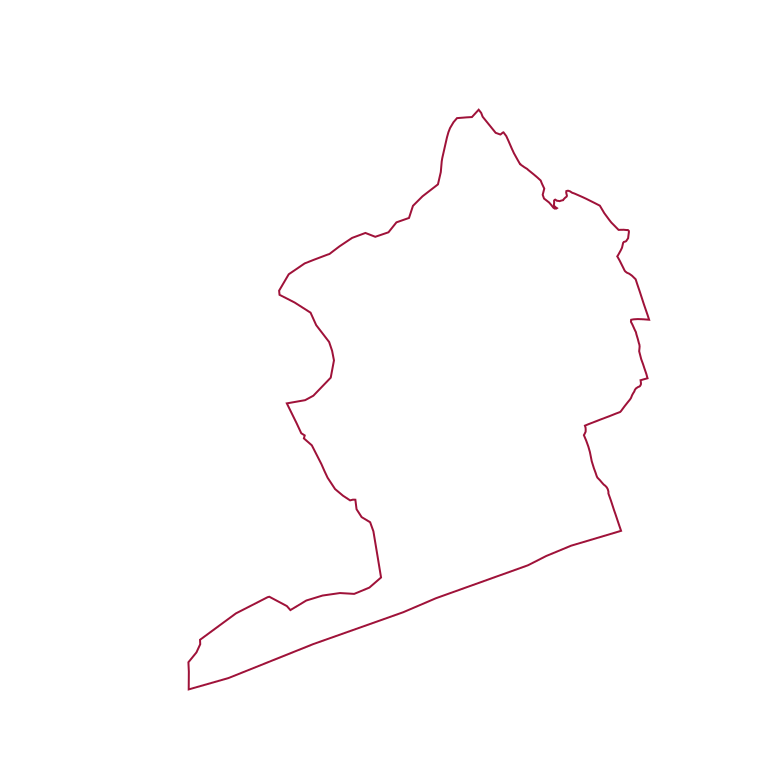 Ojo, Lagos, Nigeria, rotated 342°
{"feature_id": "59680162B67711641000031", "entity_name": "Ojo", "entity_type": "district", "adm_level": 2, "iso_a3": "NGA", "parent_name": "Nigeria", "parent_adm1": "Lagos", "projection": "equal_earth", "projection_center": [3.188, 6.464], "detail": "fine", "context": "isolated", "style": "outline", "palette": "rose", "viewbox_px": 768, "rotation_deg": 342, "n_neighbors": 0, "source": "geoboundaries", "source_scale": "gbopen_adm2", "svg_char_len": 3274}
<svg xmlns="http://www.w3.org/2000/svg" viewBox="0 0 768 768"><g transform="rotate(342 384 384)"><path d="M313.1,262.8L312.2,266.9L324.2,278.9L336.2,293.5L337.7,307.1L344.8,327.1L344.9,336.4L343.7,346.1L335.3,361.5L313.2,373.3L304.0,375.0L285.6,372.4L288.8,394.6L290.1,405.3L292.7,408.4L291.0,411.0L296.4,420.0L299.7,440.7L300.5,448.6L301.4,455.7L305.0,468.8L310.5,477.6L315.8,484.2L318.8,484.4L321.0,485.2L319.2,494.6L321.6,503.7L328.1,511.2L328.4,520.8L324.4,547.4L321.4,567.1L307.2,573.1L290.8,574.4L277.5,569.2L260.2,566.2L243.2,565.9L225.1,570.1L223.0,565.2L209.2,550.9L207.4,550.8L172.3,556.4L130.0,570.4L128.8,574.7L122.7,581.3L112.0,588.2L109.5,597.3L103.9,614.1L145.1,615.6L236.3,609.5L331.8,607.0L367.1,603.8L464.8,600.9L485.2,597.7L511.9,595.6L564.1,596.9L564.0,590.7L563.9,579.1L563.8,574.9L563.8,565.1L563.6,557.7L563.6,557.4L563.9,556.6L564.2,555.6L564.3,553.2L563.9,551.1L562.9,549.0L561.9,547.6L560.7,544.9L559.7,542.4L558.0,538.9L557.8,537.0L557.8,533.9L557.6,528.9L557.7,521.6L558.2,517.4L558.8,512.3L559.0,506.7L558.8,500.4L558.3,494.4L559.3,493.5L561.0,491.7L561.7,489.8L562.2,487.8L562.2,485.7L566.1,485.4L578.7,484.7L589.3,484.2L595.4,483.8L599.9,483.6L600.9,483.1L605.8,479.6L610.0,476.8L613.1,474.8L614.6,473.6L616.5,471.3L618.1,469.8L619.7,468.5L620.7,467.2L622.2,466.1L624.6,465.4L626.2,465.3L626.9,465.0L628.1,463.9L628.6,462.8L629.2,459.8L629.2,459.7L632.3,459.8L636.4,460.0L636.6,455.5L636.5,449.4L636.5,445.3L636.3,439.9L636.8,431.7L637.9,429.2L638.7,427.3L639.1,425.2L639.0,424.5L639.3,419.6L639.4,414.8L639.6,412.6L639.2,409.8L638.6,404.2L638.2,401.9L638.1,401.6L638.2,401.0L638.2,400.8L638.9,399.3L641.3,399.6L645.5,400.7L650.4,402.5L656.0,404.8L656.0,404.6L656.0,400.2L655.8,388.6L655.8,375.1L655.7,367.2L655.7,362.2L653.3,357.6L651.3,354.9L649.4,353.2L648.2,351.4L647.9,350.5L647.2,345.7L646.2,339.1L645.3,334.7L645.5,334.6L647.1,333.2L650.4,330.1L652.5,327.9L654.3,324.9L655.0,323.7L656.0,323.0L657.8,323.1L658.5,322.9L661.2,320.8L662.7,317.6L664.0,314.9L664.0,314.6L664.1,313.9L663.5,312.9L662.7,312.7L659.4,311.3L654.7,309.9L650.1,300.7L649.0,297.7L646.3,289.6L644.4,281.1L640.0,276.7L633.5,270.3L630.6,267.6L624.0,261.7L622.0,260.2L620.5,258.3L618.9,257.1L618.1,256.9L617.0,256.9L616.5,258.2L616.4,258.3L616.2,261.1L616.1,261.6L615.4,262.3L613.9,262.8L611.7,264.0L611.2,264.5L610.1,264.4L608.6,264.3L607.6,264.4L605.8,263.4L605.3,263.3L605.2,263.3L603.9,261.6L603.2,261.6L602.4,262.2L602.1,263.3L601.7,264.6L601.1,265.7L600.8,267.1L601.9,269.1L602.8,270.2L602.2,270.4L600.5,269.9L599.6,268.7L598.3,265.2L597.1,262.4L595.3,259.7L593.5,257.1L593.4,253.1L596.8,247.7L596.1,242.1L595.9,238.9L593.7,235.0L590.9,230.5L587.2,224.8L586.7,223.8L584.4,221.1L581.4,217.1L581.6,216.8L581.2,216.2L580.4,212.4L578.9,204.7L578.3,199.7L577.5,191.3L576.9,186.0L575.4,181.6L574.7,181.6L571.9,182.7L571.5,182.5L567.8,179.6L560.4,160.3L560.2,156.2L558.8,152.4L550.1,157.3L545.2,156.0L535.6,153.7L531.0,156.5L525.9,161.0L523.1,164.4L520.1,168.9L509.2,187.2L507.7,190.1L503.5,200.0L497.0,210.8L478.6,217.4L466.6,223.5L459.1,233.8L445.8,234.1L435.9,240.6L435.1,241.1L421.2,241.3L413.0,234.6L398.8,235.2L384.3,239.3L376.8,241.9L372.3,243.5L370.3,243.5L355.5,244.2L345.8,244.8L327.3,250.2L313.1,262.8Z" fill="none" stroke="#9f1239" stroke-width="2"/></g></svg>